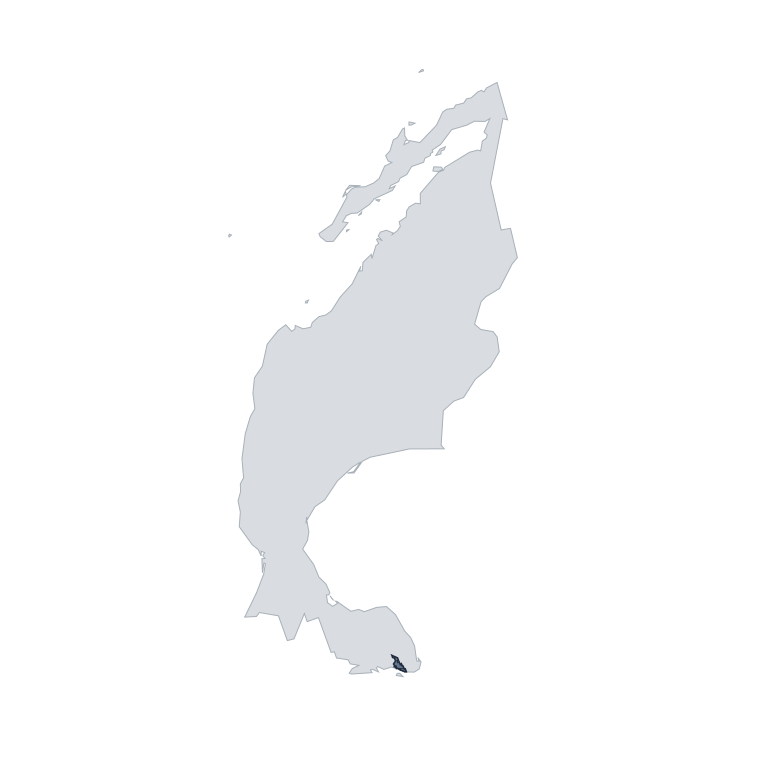 Solidaridad, Quintana Roo, Mexico (highlighted), rotated 69°
{"feature_id": "50627088B14293404548968", "entity_name": "Solidaridad", "entity_type": "district", "adm_level": 2, "iso_a3": "MEX", "parent_name": "Mexico", "parent_adm1": "Quintana Roo", "projection": "orthographic", "projection_center": [-87.149, 20.584], "detail": "fine", "context": "in_parent", "style": "filled", "palette": "slate", "viewbox_px": 768, "rotation_deg": 69, "n_neighbors": 0, "source": "geoboundaries", "source_scale": "gbopen_adm2", "svg_char_len": 5501}
<svg xmlns="http://www.w3.org/2000/svg" viewBox="0 0 768 768"><g transform="rotate(69 384 384)"><path d="M143.0,170.4L181.7,174.0L178.9,177.9L234.7,212.6L282.2,219.4L284.0,210.1L313.8,214.2L317.9,221.4L336.2,241.9L339.0,257.6L342.0,263.9L360.6,278.0L367.8,274.1L374.2,263.4L380.7,261.5L395.2,264.9L406.0,278.4L412.3,297.0L425.1,314.5L425.0,324.9L430.2,338.2L461.6,352.6L466.1,351.0L453.7,383.6L447.4,423.2L448.4,431.9L456.3,443.9L454.1,450.0L455.0,443.8L448.4,433.6L450.1,442.7L457.7,462.1L471.0,480.9L473.7,492.3L483.2,504.3L480.4,503.8L486.1,506.9L484.4,505.1L495.0,507.1L502.5,511.4L509.0,519.1L527.4,514.3L540.8,514.0L549.8,509.9L559.2,509.3L561.1,511.0L560.3,513.3L567.9,515.1L573.2,511.6L572.0,505.7L569.4,507.1L570.1,505.9L584.3,496.4L585.4,488.4L589.5,483.9L589.9,470.9L592.7,461.4L603.4,455.9L622.1,453.2L630.2,450.0L639.3,449.3L654.3,452.7L655.5,450.6L651.6,450.5L656.7,449.0L662.7,453.2L663.8,459.0L660.7,466.7L650.9,478.5L650.4,486.4L645.5,491.1L646.4,492.9L650.8,492.3L646.1,497.2L646.1,499.2L649.2,498.6L643.1,518.3L641.5,520.1L638.3,515.6L637.7,508.2L633.2,515.8L628.6,516.4L622.8,526.5L616.2,526.3L615.6,529.6L578.6,528.9L578.3,540.9L569.8,540.6L589.7,559.4L588.9,566.2L562.6,565.6L552.7,582.2L555.3,586.5L551.7,597.6L533.2,577.8L518.3,564.4L509.2,559.1L508.1,560.3L516.6,565.1L503.3,560.6L504.3,557.6L500.8,558.7L498.7,555.8L496.1,558.6L500.5,560.3L493.7,560.7L486.9,564.6L465.4,570.3L452.1,564.0L440.7,562.1L433.2,556.5L425.7,553.9L421.2,548.7L402.9,543.4L380.6,531.3L366.5,520.4L360.8,513.4L345.7,509.7L331.8,502.7L323.7,491.1L305.0,478.8L296.1,463.5L293.5,454.5L301.7,451.3L300.8,447.4L297.5,445.9L303.4,439.9L304.8,432.1L300.9,428.9L297.8,420.6L298.7,413.5L296.8,406.8L287.0,393.5L279.1,377.8L265.8,363.4L269.8,366.4L270.5,363.7L262.9,360.0L258.4,349.4L262.5,350.2L252.0,342.0L250.9,338.6L246.4,339.2L245.9,337.6L249.8,334.2L243.8,336.4L240.9,333.1L241.3,326.6L246.2,321.5L247.5,322.8L245.7,316.5L242.7,312.3L237.9,311.7L236.0,303.4L230.5,300.8L227.6,296.9L226.5,289.7L228.8,285.5L219.0,281.8L205.8,257.2L205.8,251.8L203.6,249.8L198.3,221.0L199.2,212.7L201.0,210.2L192.4,205.1L191.2,200.4L188.5,198.4L184.7,200.3L174.1,190.0L175.1,195.6L171.1,205.4L172.0,213.9L170.8,229.6L180.7,245.4L182.9,255.3L185.0,255.2L185.4,258.1L187.3,258.8L187.9,265.0L191.2,267.5L190.9,280.3L196.6,287.7L197.5,295.1L200.3,297.9L201.1,306.6L203.5,309.1L203.1,302.6L206.3,306.8L207.6,326.7L211.1,332.9L214.8,347.7L213.0,353.4L213.4,358.8L217.8,364.6L220.5,359.8L232.7,380.2L230.4,386.7L223.7,390.8L220.3,390.9L216.2,375.0L196.1,351.5L194.0,351.4L190.3,344.4L190.1,340.0L193.1,330.9L192.7,321.7L190.4,314.8L180.8,305.3L180.0,297.3L177.4,300.2L171.5,300.7L168.5,294.9L159.4,287.8L158.8,283.1L152.6,275.4L152.3,273.1L159.9,275.7L164.8,274.7L164.3,276.7L167.7,279.5L167.4,274.2L165.6,273.5L171.5,264.0L161.2,242.2L151.1,231.7L150.0,227.0L151.6,220.0L149.3,217.2L150.3,209.0L147.4,204.8L148.1,200.0L144.9,191.6L144.8,187.9L147.1,185.9L144.3,182.2L143.0,170.4ZM205.0,257.3L202.7,262.0L199.1,259.7L202.2,252.6L204.7,252.2L205.0,257.3ZM189.2,253.7L184.7,247.4L184.5,241.7L186.9,244.0L186.9,247.1L189.6,248.4L189.2,253.7ZM660.5,477.0L658.9,475.3L659.7,473.0L664.0,471.1L660.5,477.0ZM189.5,350.6L186.2,344.8L190.5,334.8L188.2,344.0L189.5,350.6ZM151.2,268.0L148.3,266.7L151.6,261.6L152.0,265.9L151.2,268.0ZM105.6,240.1L104.0,236.0L104.9,234.6L105.8,234.9L105.6,240.1ZM193.0,351.3L194.8,355.8L190.2,351.0L193.0,351.3ZM280.9,426.7L280.1,428.4L278.8,427.5L278.6,424.5L280.9,426.7ZM217.1,344.3L217.5,347.6L215.4,343.2L217.1,344.3ZM210.4,321.8L211.7,323.4L208.9,326.0L210.4,321.8ZM191.3,475.8L190.1,476.1L188.7,474.5L190.3,473.0L191.3,475.8ZM565.6,509.6L562.4,510.3L568.0,508.6L565.6,509.6ZM228.3,364.4L226.9,363.8L227.2,360.8L228.3,364.4Z" fill="#d9dde1" stroke="#a8b0b8" stroke-width="1"/><path d="M644.5,469.5L640.1,473.9L640.5,473.9L641.7,474.0L642.4,474.0L643.9,472.4L644.0,472.5L646.6,472.5L647.5,473.5L647.7,474.0L648.8,475.5L650.3,475.1L651.7,475.9L652.0,475.3L651.5,475.0L651.1,474.8L651.7,473.9L652.0,474.1L652.1,473.9L652.3,474.0L652.7,474.7L652.9,474.6L653.0,474.7L653.3,474.7L653.2,474.7L653.3,474.6L653.4,474.4L653.5,474.4L653.4,474.3L653.5,474.3L653.5,474.2L653.7,473.9L653.8,473.8L653.9,473.7L654.0,473.7L654.1,473.4L654.3,473.3L654.4,473.2L654.5,473.1L654.6,472.9L654.8,472.8L654.9,472.7L654.9,472.8L654.9,472.7L655.1,472.6L655.4,472.4L655.5,472.3L655.5,472.2L655.8,472.1L656.0,472.0L656.0,471.9L656.2,471.7L656.3,471.7L656.5,471.5L656.5,471.4L656.5,471.1L656.1,471.3L655.5,471.0L655.7,470.7L655.7,470.8L656.0,470.8L656.4,470.9L656.6,471.0L656.8,471.2L657.0,471.1L656.9,471.1L657.0,471.1L657.1,470.9L657.3,470.9L657.4,470.7L657.5,470.6L657.7,470.4L657.8,470.2L657.8,470.3L657.8,470.2L658.0,470.0L658.0,469.9L658.2,469.7L658.3,469.7L658.5,469.5L658.5,469.4L658.7,469.2L658.8,469.2L658.9,468.8L659.0,468.7L659.1,468.4L659.3,468.4L659.5,468.3L659.5,468.2L659.8,468.0L660.0,468.0L660.0,467.9L660.0,467.7L660.1,467.4L660.2,467.2L660.3,467.2L660.4,466.9L660.5,466.8L660.5,466.7L660.7,466.4L660.8,466.4L660.9,466.2L660.9,466.3L660.9,466.2L659.9,466.2L657.7,466.2L657.7,466.3L657.5,466.5L657.4,466.5L657.4,466.3L657.3,466.5L657.1,466.5L656.9,466.7L656.9,466.9L656.8,467.3L656.9,467.1L657.1,467.1L657.4,467.1L657.3,467.3L657.2,467.4L656.8,467.6L656.5,468.0L655.3,467.2L654.6,467.2L654.6,467.3L652.9,467.6L653.2,467.6L653.2,468.4L652.2,468.4L652.3,468.0L651.2,468.0L651.7,469.4L650.5,469.4L648.8,469.4L648.9,470.8L647.0,470.7L647.1,469.5L644.5,469.5Z" fill="#64748b" stroke="#1e293b" stroke-width="1.5"/></g></svg>